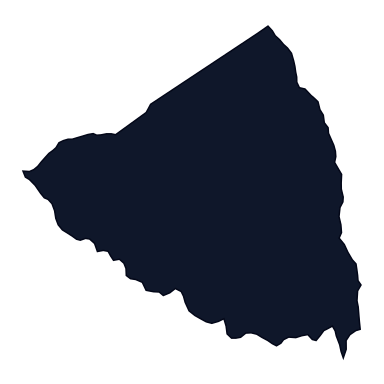 outline of Suzanápolis, São Paulo, Brazil
{"feature_id": "56859067B46046114301924", "entity_name": "Suzanápolis", "entity_type": "district", "adm_level": 2, "iso_a3": "BRA", "parent_name": "Brazil", "parent_adm1": "São Paulo", "projection": "equal_earth", "projection_center": [-51.077, -20.469], "detail": "fine", "context": "isolated", "style": "filled", "palette": "ink", "viewbox_px": 384, "rotation_deg": 0, "n_neighbors": 0, "source": "geoboundaries", "source_scale": "gbopen_adm2", "svg_char_len": 1962}
<svg xmlns="http://www.w3.org/2000/svg" viewBox="0 0 384 384"><path d="M328.1,127.7L324.3,122.7L323.3,115.1L319.9,109.6L318.0,101.8L314.5,98.4L311.0,95.4L305.0,89.0L299.4,87.7L296.8,82.2L296.7,77.0L295.7,72.2L294.9,66.4L293.7,61.0L291.5,53.3L287.5,48.0L283.5,44.4L279.6,39.7L275.2,35.7L272.4,30.9L268.0,26.1L257.7,33.3L150.6,104.3L148.5,108.3L146.2,112.5L115.6,134.7L111.2,133.8L106.5,133.8L100.9,134.9L96.7,135.2L93.2,133.6L88.0,134.5L82.4,136.2L76.9,137.8L72.3,139.2L68.1,139.2L63.4,140.6L59.0,142.7L56.0,147.7L53.0,150.4L48.9,153.4L45.1,157.6L41.3,161.9L37.7,166.4L33.8,169.6L29.5,171.5L23.0,171.1L25.4,177.1L29.4,179.5L35.1,185.3L40.7,193.4L44.3,197.8L48.1,199.4L52.0,203.7L54.6,210.7L55.8,218.4L58.2,224.8L62.4,229.9L65.8,232.0L72.1,236.0L76.5,239.2L80.3,240.2L85.5,238.4L89.6,239.0L94.6,243.5L97.4,251.5L103.3,250.4L108.1,251.3L110.6,255.9L113.5,260.3L119.4,259.2L123.9,263.2L126.0,268.5L126.3,275.5L130.5,278.7L135.7,279.5L142.3,282.3L146.1,290.3L153.4,291.7L159.2,292.0L163.3,295.5L169.8,292.8L175.3,288.5L181.2,291.5L183.5,296.2L185.2,302.4L189.1,310.9L194.9,315.5L200.9,318.9L206.2,321.8L211.8,323.3L218.4,321.4L223.9,318.7L226.1,326.1L227.1,333.9L231.5,338.1L236.0,338.1L240.6,337.3L245.8,333.1L251.1,332.8L256.8,334.2L262.0,337.4L267.8,340.5L272.4,343.7L276.5,345.8L280.9,343.2L283.5,339.7L288.7,337.1L295.8,337.6L301.8,335.7L307.8,334.6L312.3,339.5L316.1,340.5L320.2,335.5L323.8,330.6L327.4,328.8L332.4,326.1L335.2,330.9L336.3,335.9L339.7,344.8L341.1,351.5L343.3,357.9L346.2,349.3L346.1,340.5L349.9,334.7L355.8,330.6L360.2,329.3L359.4,321.6L358.9,315.7L358.2,306.9L357.0,300.8L357.6,290.9L361.0,285.0L358.0,280.6L357.6,275.3L356.8,269.3L356.0,263.9L352.3,259.8L347.9,252.3L344.3,244.5L339.1,238.1L341.5,232.6L340.9,224.8L339.0,216.6L340.0,207.5L342.9,201.9L343.2,197.0L341.3,189.1L341.2,183.0L341.6,174.4L338.6,169.3L334.6,162.4L335.8,156.6L335.4,151.2L333.8,145.3L328.5,133.3L328.1,127.7Z" fill="#0f172a" stroke="#020617" stroke-width="1.5"/></svg>